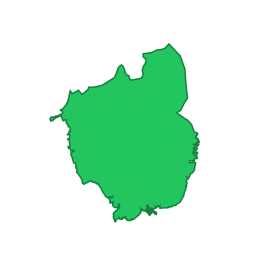 outline of Kolonia, Pohnpei, Federated States of Micronesia, rotated 199°
{"feature_id": "79324940B53890436625634", "entity_name": "Kolonia", "entity_type": "district", "adm_level": 2, "iso_a3": "FSM", "parent_name": "Federated States of Micronesia", "parent_adm1": "Pohnpei", "projection": "albers", "projection_center": [158.208, 6.963], "detail": "fine", "context": "isolated", "style": "filled", "palette": "green", "viewbox_px": 256, "rotation_deg": 199, "n_neighbors": 0, "source": "geoboundaries", "source_scale": "gbopen_adm2", "svg_char_len": 5575}
<svg xmlns="http://www.w3.org/2000/svg" viewBox="0 0 256 256"><g transform="rotate(199 128 128)"><path d="M194.7,144.3L194.3,140.1L193.8,137.4L193.9,136.5L193.4,133.4L193.9,132.0L193.9,130.6L195.8,125.1L197.7,123.0L197.4,122.5L195.7,122.7L194.6,121.2L195.3,119.6L199.2,115.9L200.1,115.9L200.5,114.9L204.5,113.0L204.4,112.1L204.6,111.1L203.3,109.5L201.4,110.7L201.5,111.3L200.5,112.5L200.7,112.9L195.6,117.8L191.7,113.7L189.4,115.7L188.6,115.0L188.7,113.7L187.8,112.8L187.2,111.9L185.8,111.6L185.0,109.7L183.8,110.2L182.9,109.7L182.0,107.7L182.4,107.2L181.9,106.8L181.3,105.9L182.8,104.8L181.9,103.3L183.2,102.3L183.0,101.8L181.3,102.7L180.7,102.0L179.9,99.6L181.3,98.2L181.3,97.5L180.1,97.9L177.2,92.5L177.0,91.4L178.6,91.0L177.5,89.3L176.2,90.1L174.9,88.0L173.5,88.8L172.9,88.4L172.0,89.2L171.5,88.3L173.9,86.6L173.4,85.1L173.2,83.8L172.2,83.3L167.9,77.2L166.3,78.2L165.7,77.0L165.4,76.0L164.4,74.5L164.5,73.3L163.2,73.1L162.4,71.5L162.2,69.3L161.5,69.3L156.5,65.7L153.6,62.7L153.4,61.4L152.9,60.9L152.4,61.3L151.4,60.5L149.9,62.0L146.9,65.1L146.7,65.5L146.0,65.5L146.0,66.0L144.1,66.0L144.1,65.5L143.4,65.2L142.9,65.6L142.0,65.4L140.9,66.1L140.3,65.3L139.4,65.0L138.9,65.7L138.4,65.3L137.8,65.5L137.5,64.7L135.0,63.0L133.7,62.1L132.8,61.1L130.9,59.1L127.3,56.7L127.1,56.1L126.6,55.9L125.0,55.6L123.9,55.3L123.3,55.6L123.3,56.1L123.8,56.3L123.6,56.6L122.5,56.7L120.5,58.0L120.7,58.4L120.4,58.7L120.1,58.2L120.6,56.9L121.3,57.2L122.1,56.6L122.1,56.1L122.4,55.8L122.8,55.1L122.2,54.0L121.9,53.8L120.4,52.9L121.1,52.0L120.5,51.2L117.6,53.2L117.8,50.8L116.1,48.8L114.4,48.5L112.3,49.2L111.5,50.2L111.7,51.4L112.1,52.0L112.0,52.9L111.5,53.0L111.0,52.0L110.3,51.2L110.6,49.1L111.1,49.0L111.5,48.1L111.3,47.7L111.4,46.3L112.3,46.2L113.0,44.9L113.2,44.2L113.5,44.0L113.9,43.0L113.7,42.6L113.9,41.6L113.3,41.4L112.9,40.1L113.0,39.1L112.5,38.7L112.1,38.9L111.9,37.9L111.6,37.3L111.1,37.0L110.7,37.0L110.3,35.4L109.4,35.2L109.1,35.8L109.4,36.5L109.1,37.7L107.6,39.7L107.6,40.5L105.8,39.1L104.1,39.6L103.7,40.1L104.0,40.5L104.6,40.9L104.1,41.6L103.5,41.2L102.8,41.2L102.2,42.0L102.0,43.5L101.5,43.6L101.6,42.7L100.3,41.3L99.7,41.5L98.8,40.6L97.9,40.4L96.2,41.3L95.5,41.4L94.2,42.5L95.1,43.8L93.9,43.0L92.5,43.9L91.9,45.4L91.5,45.8L90.4,47.8L90.4,48.2L89.8,48.5L88.5,51.7L89.0,54.8L89.8,56.0L87.9,55.4L88.2,54.5L88.1,54.3L87.3,54.7L86.6,55.3L86.5,55.0L85.9,54.8L85.3,55.1L83.8,55.0L81.6,54.0L80.2,53.2L79.6,52.6L78.9,52.5L78.8,52.9L79.2,53.8L80.2,54.6L82.0,55.2L83.3,56.4L84.3,56.5L84.4,57.1L83.6,56.8L83.3,56.8L82.9,56.6L82.8,56.3L82.2,56.3L81.5,55.8L80.7,55.5L79.0,54.6L78.0,54.6L77.7,55.2L77.9,55.8L78.2,56.2L79.4,56.9L79.7,56.9L79.8,57.2L80.2,57.0L80.3,56.7L81.0,56.8L81.8,57.3L82.1,57.7L82.4,57.7L83.0,58.0L83.7,59.0L83.8,59.4L84.4,59.8L85.0,60.4L84.6,61.3L83.7,60.8L83.6,60.6L83.3,60.6L83.2,60.2L82.7,59.8L82.1,59.5L82.2,59.2L82.0,58.9L81.0,58.6L80.7,58.6L79.3,57.7L75.4,56.2L74.6,55.5L73.9,55.3L73.2,55.4L73.1,56.5L73.8,57.4L75.2,57.8L76.3,57.8L77.3,58.4L78.2,58.2L79.6,58.7L80.0,58.9L80.0,59.1L80.4,59.4L80.0,59.7L79.6,59.3L79.3,59.2L78.3,59.8L77.8,59.8L77.1,60.2L76.8,60.2L76.7,60.6L76.3,60.9L76.6,61.5L76.8,62.5L76.5,62.2L76.3,61.6L75.9,61.4L75.6,61.6L75.3,61.7L75.2,62.7L75.0,62.8L75.0,63.3L74.8,63.5L74.3,63.4L74.2,63.6L74.0,63.3L73.7,63.6L73.9,64.0L73.6,63.9L72.8,64.2L72.5,64.8L72.3,64.2L71.9,62.6L71.6,62.5L68.3,64.1L65.3,65.1L63.0,66.5L62.3,67.5L60.7,68.0L59.9,69.8L58.1,69.9L57.1,71.4L56.6,72.7L54.8,74.2L54.8,75.2L54.4,76.2L53.3,82.4L53.6,82.9L53.4,83.9L53.8,85.0L53.6,85.4L53.8,86.0L53.6,87.5L53.3,88.5L54.3,91.2L53.6,91.4L53.6,92.1L54.7,93.3L54.1,94.1L54.5,95.7L55.7,95.8L55.6,98.0L54.7,99.2L55.2,99.9L57.6,101.5L55.4,100.4L54.5,100.2L53.9,102.4L54.0,103.9L54.0,105.2L53.1,106.0L53.1,106.5L52.4,106.6L52.5,107.3L52.1,107.7L51.7,108.8L52.0,109.4L51.4,110.2L52.0,111.3L51.8,112.1L52.0,112.6L52.7,113.8L52.3,114.4L52.7,117.1L53.9,117.2L54.6,116.6L56.1,116.5L57.1,115.7L58.5,115.1L58.9,116.2L58.9,117.2L57.7,117.8L56.0,118.2L55.0,118.2L54.6,118.8L55.2,119.4L55.5,120.4L54.0,121.0L52.9,121.6L52.6,122.4L53.5,123.3L55.1,123.6L55.4,123.3L55.6,124.0L54.7,124.2L54.1,124.9L54.3,126.5L55.0,127.1L54.2,127.2L54.2,127.6L55.5,127.4L55.6,126.6L55.9,126.7L56.0,127.2L56.6,127.4L56.8,127.0L57.8,126.7L57.8,125.5L56.6,124.5L58.3,125.1L58.9,130.2L59.6,130.2L59.6,130.7L59.2,131.0L58.8,131.0L59.0,130.8L58.9,130.5L57.6,129.6L57.8,129.1L57.3,128.7L56.5,128.7L56.2,129.6L56.2,130.2L55.8,130.7L55.8,131.2L56.2,131.5L56.4,131.9L56.7,131.9L56.8,132.3L57.4,132.4L57.2,132.7L57.5,133.0L58.0,133.2L59.2,133.4L60.6,133.8L59.9,134.3L56.0,134.0L55.8,135.5L58.3,135.9L58.3,136.5L58.0,136.6L57.7,137.4L57.4,136.8L57.0,136.4L56.9,137.0L56.1,137.3L56.2,138.3L56.9,138.6L56.9,139.0L57.7,139.2L57.7,139.7L58.4,140.6L58.8,140.4L58.9,140.7L59.5,140.9L60.5,140.2L61.5,142.3L60.5,142.7L60.4,143.2L60.7,143.5L60.2,144.3L60.1,144.9L60.6,145.6L61.1,145.9L63.9,145.7L67.4,149.8L68.6,151.5L71.1,153.3L74.8,155.0L76.2,155.2L77.2,155.2L78.4,155.8L85.5,157.8L86.8,158.5L83.8,162.0L83.4,166.3L82.7,171.2L81.7,174.6L81.6,176.0L87.3,187.8L93.4,202.2L102.0,213.1L112.1,218.4L116.7,220.8L118.7,215.9L121.5,213.3L126.1,211.2L129.6,207.4L133.4,205.3L137.8,203.2L136.9,200.3L133.1,198.6L132.5,195.7L133.5,191.4L133.5,188.7L133.1,186.6L131.2,184.1L131.3,179.6L138.5,175.4L140.9,174.3L142.9,175.5L144.1,177.7L146.3,177.8L148.0,178.8L152.1,184.3L154.7,185.5L156.8,182.4L156.9,174.3L157.4,171.1L165.7,160.8L168.0,158.8L170.6,157.2L173.7,155.5L175.2,154.8L176.7,154.3L178.2,154.0L178.4,151.3L179.5,149.3L181.4,146.2L182.4,144.8L187.1,147.6L191.9,142.3L194.7,144.3Z" fill="#22c55e" stroke="#15803d" stroke-width="1.5"/></g></svg>